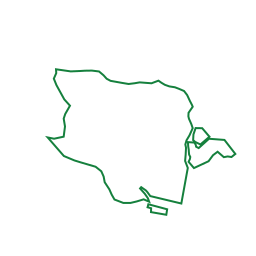 Gwangyang-si, South Jeolla, South Korea, rotated 318°
{"feature_id": "91817680B99071511370380", "entity_name": "Gwangyang-si", "entity_type": "district", "adm_level": 2, "iso_a3": "KOR", "parent_name": "South Korea", "parent_adm1": "South Jeolla", "projection": "mercator", "projection_center": [127.68, 35.032], "detail": "fine", "context": "isolated", "style": "outline", "palette": "green", "viewbox_px": 256, "rotation_deg": 318, "n_neighbors": 0, "source": "geoboundaries", "source_scale": "gbopen_adm2", "svg_char_len": 1452}
<svg xmlns="http://www.w3.org/2000/svg" viewBox="0 0 256 256"><g transform="rotate(318 128 128)"><path d="M62.0,81.3L61.6,105.9L66.5,116.3L70.1,122.3L78.0,135.1L79.2,142.3L77.4,147.8L74.4,152.7L73.1,161.1L71.3,166.6L70.1,172.1L74.4,180.6L79.8,185.4L85.3,188.4L91.9,191.5L94.4,196.9L95.8,193.5L96.5,188.0L96.5,181.0L98.2,180.8L99.5,186.3L99.5,188.5L99.0,193.5L117.1,219.8L145.7,197.7L148.4,190.7L152.9,186.5L155.4,184.0L157.9,181.5L159.6,178.6L163.3,176.3L168.8,174.6L176.0,171.4L177.7,167.4L179.5,161.9L180.7,159.7L183.2,157.2L190.3,155.5L190.9,153.9L192.1,149.3L194.0,143.1L194.4,138.0L192.1,133.0L190.1,129.1L186.6,124.8L184.3,120.6L183.1,116.7L182.3,113.2L175.4,110.5L167.2,101.9L162.9,99.2L157.9,95.7L153.6,90.3L146.6,81.3L145.1,77.1L145.1,72.4L144.3,66.6L139.6,61.2L134.2,56.5L130.3,53.4L123.3,47.6L113.8,36.2L111.4,39.2L105.9,41.7L103.5,48.3L99.8,64.1L99.8,72.6L90.7,75.6L86.5,78.0L82.2,84.7L74.4,91.4L65.9,86.5L62.0,81.3ZM166.1,187.5L167.1,185.8L167.6,183.3L163.1,178.6L160.4,182.0L158.6,184.8L157.6,186.0L155.6,188.7L154.9,191.2L153.2,192.5L150.4,193.7L150.2,201.9L165.6,206.6L173.0,205.1L178.7,205.6L179.7,213.8L183.0,215.8L185.5,218.8L190.4,219.1L191.7,201.4L181.0,190.2L170.3,190.2L167.1,190.2L166.1,187.5ZM183.0,177.8L178.2,173.3L172.3,176.6L168.3,180.6L168.6,183.3L170.8,188.7L182.7,189.0L183.0,177.8ZM98.4,218.1L102.7,214.6L92.1,198.3L89.5,200.0L91.5,203.1L88.8,205.9L98.4,218.1Z" fill="none" stroke="#15803d" stroke-width="2"/></g></svg>